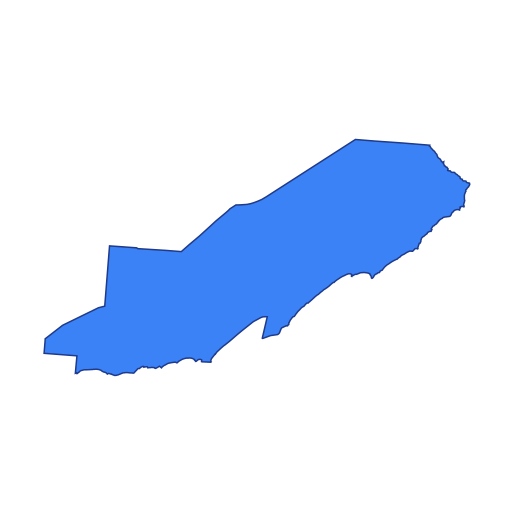 the district of Bayside (Vic.), Victoria, Australia, rotated 266°
{"feature_id": "25037944B24270951064752", "entity_name": "Bayside (Vic.)", "entity_type": "district", "adm_level": 2, "iso_a3": "AUS", "parent_name": "Australia", "parent_adm1": "Victoria", "projection": "orthographic", "projection_center": [145.013, -37.94], "detail": "fine", "context": "isolated", "style": "filled", "palette": "blue", "viewbox_px": 512, "rotation_deg": 266, "n_neighbors": 0, "source": "geoboundaries", "source_scale": "gbopen_adm2", "svg_char_len": 6137}
<svg xmlns="http://www.w3.org/2000/svg" viewBox="0 0 512 512"><g transform="rotate(266 256 256)"><path d="M151.6,67.6L152.0,68.8L151.2,69.1L151.3,69.7L152.2,70.7L152.5,71.4L153.0,71.9L153.4,72.4L153.8,73.1L154.5,76.7L154.3,79.7L154.2,85.0L154.3,85.8L154.2,86.6L154.3,88.4L154.0,90.0L153.7,91.5L153.1,92.7L152.8,93.4L151.9,94.3L151.5,94.9L150.9,96.0L150.5,97.3L149.9,98.4L149.5,98.8L148.6,99.4L148.6,99.7L148.9,100.1L149.1,100.6L149.1,101.1L148.2,103.3L148.3,103.7L147.8,104.2L146.7,106.7L146.7,108.6L146.9,109.2L147.0,110.1L148.7,115.2L148.7,116.7L148.8,118.4L148.7,119.1L148.6,119.9L148.5,120.6L148.3,121.4L148.0,123.9L147.7,125.4L147.9,126.2L149.3,127.6L150.6,129.1L151.6,130.0L151.9,130.5L151.9,131.2L151.8,131.7L152.6,132.8L153.2,133.7L153.6,134.8L153.7,135.5L153.7,136.2L153.5,136.4L152.9,136.4L153.1,137.6L153.2,139.6L153.0,139.9L152.0,140.2L152.1,141.7L152.0,143.4L152.2,143.9L151.7,147.0L151.2,147.2L150.9,147.7L151.0,148.3L151.5,149.4L151.8,150.1L152.8,152.0L151.0,153.9L152.0,154.8L153.1,156.5L153.6,157.8L154.9,160.4L155.1,161.1L155.5,164.2L155.6,165.7L155.7,166.5L155.7,168.1L155.4,168.8L155.0,169.3L155.0,170.0L156.3,171.5L158.1,175.2L158.6,177.0L159.0,179.4L158.9,180.9L158.9,181.8L158.9,182.6L158.7,184.0L158.4,185.0L157.8,186.2L157.0,187.4L156.4,187.4L156.1,188.0L155.7,188.3L155.1,188.3L155.1,189.0L156.3,190.6L156.6,191.2L156.8,191.9L156.8,192.8L156.7,193.5L156.4,194.1L156.0,194.6L154.8,194.3L154.4,194.3L154.2,194.9L153.9,197.5L153.6,200.2L153.5,201.0L153.2,203.5L153.5,203.8L153.7,203.5L155.0,203.7L156.3,204.2L156.9,204.6L161.1,208.4L160.9,208.6L162.8,210.1L166.4,214.5L168.3,217.0L168.8,217.7L169.3,218.6L172.4,223.1L174.9,226.5L178.4,231.1L182.5,236.8L190.4,248.3L191.0,249.4L194.2,256.5L194.8,258.5L194.8,261.1L194.6,263.0L173.8,256.6L173.6,256.5L173.4,256.6L173.3,256.8L173.3,257.0L175.6,265.0L176.1,271.9L176.4,272.6L176.9,273.3L177.6,274.0L181.7,276.0L182.5,276.6L182.7,277.1L184.3,281.3L184.2,281.5L184.3,281.7L184.1,282.1L184.1,282.4L184.2,282.7L184.5,282.9L185.1,283.3L185.3,283.8L185.6,284.0L187.2,284.1L187.6,284.6L188.2,284.9L189.4,285.6L191.0,286.9L192.0,287.8L192.9,288.8L192.9,289.5L193.2,290.1L195.6,292.0L196.1,292.5L197.6,293.8L199.8,296.3L200.8,297.3L201.2,297.8L201.6,298.3L202.2,299.6L202.5,300.3L203.5,301.2L205.3,303.1L205.5,303.7L205.4,304.7L205.9,305.2L206.7,306.3L208.6,308.8L211.1,311.9L212.7,314.1L213.3,315.4L215.4,318.1L216.5,319.8L217.8,321.4L218.0,322.1L218.4,322.7L219.4,324.5L220.9,326.8L223.0,329.4L223.8,330.6L224.1,330.9L224.2,331.3L224.2,331.9L224.2,332.0L225.1,333.0L226.3,334.7L227.1,336.1L228.0,337.8L228.4,338.3L229.6,340.8L230.4,343.0L231.2,344.9L231.8,347.0L231.8,347.7L231.6,348.9L231.1,349.9L230.8,350.1L230.4,350.4L230.0,350.3L229.7,350.0L229.4,349.7L229.0,349.9L228.9,350.3L229.1,350.4L229.5,350.5L229.8,350.7L229.9,351.3L229.8,351.8L230.4,352.6L230.8,353.7L230.7,354.9L231.2,356.6L231.8,358.4L232.0,359.0L232.0,360.4L232.0,362.7L231.9,363.3L231.4,365.7L231.1,366.7L230.6,367.7L230.4,368.2L229.9,368.5L229.5,368.4L228.3,369.2L227.4,369.5L226.1,369.6L225.6,370.1L225.8,370.7L226.2,371.0L226.5,371.4L227.5,372.2L227.8,372.2L228.2,372.5L228.5,372.9L229.0,373.3L229.4,373.8L229.5,374.4L229.8,374.7L229.9,375.4L230.7,376.3L230.8,377.0L230.8,377.6L231.0,378.1L232.0,378.5L232.7,379.7L233.1,381.0L233.7,381.4L235.7,383.2L236.6,384.2L237.4,385.3L238.2,386.4L238.8,387.7L240.2,390.0L240.9,391.3L241.8,393.2L242.9,395.9L243.0,396.6L243.4,397.1L243.9,397.6L244.3,398.2L244.6,398.8L244.9,399.5L245.8,400.4L246.6,401.6L247.6,404.1L249.1,406.8L249.4,407.6L250.2,409.8L249.8,412.3L249.9,412.7L252.2,415.2L252.3,416.3L252.1,417.1L251.8,417.7L252.1,418.1L253.1,418.0L257.2,419.7L257.1,420.2L257.2,420.3L257.4,420.6L258.3,421.1L258.7,421.4L260.2,421.6L262.2,422.4L262.7,422.8L263.6,423.9L263.8,424.6L265.4,426.7L266.1,427.9L266.6,428.4L267.2,428.6L267.6,429.1L268.2,430.4L268.4,431.2L268.4,432.4L268.9,432.5L270.0,433.3L270.4,432.8L271.0,432.8L273.2,434.4L273.6,434.9L273.8,435.7L274.7,436.7L275.3,438.0L275.7,438.5L276.3,438.8L276.6,439.5L277.8,440.1L277.9,440.6L278.5,440.8L278.8,441.4L279.3,441.8L279.6,442.5L280.0,443.0L280.6,444.5L281.1,444.9L281.6,446.3L281.7,447.1L281.8,449.2L281.9,450.1L281.9,451.0L282.0,451.8L282.3,452.5L282.8,453.0L283.3,453.4L284.6,454.0L285.7,454.8L286.0,455.4L287.5,456.9L287.8,457.5L288.2,459.0L288.3,459.9L288.2,460.8L288.1,461.6L287.6,462.0L287.7,462.4L288.5,462.4L289.1,462.7L289.9,463.3L290.5,462.9L290.9,463.6L291.1,465.0L291.0,465.7L290.5,466.8L290.8,467.0L291.3,467.1L292.0,466.8L292.7,466.7L293.5,466.9L295.5,467.7L297.0,468.1L297.7,467.9L298.4,467.9L301.1,468.0L302.7,468.3L303.4,468.5L304.0,468.9L304.7,469.1L305.3,469.5L305.8,469.9L307.1,469.8L307.7,470.2L308.0,470.8L308.6,471.1L309.7,472.1L309.9,472.5L310.1,472.8L310.6,473.0L311.6,473.8L312.0,473.9L312.5,474.2L313.0,474.1L313.3,473.9L313.7,474.1L314.0,473.7L314.0,473.0L314.2,472.7L314.3,472.3L314.6,471.5L314.9,471.1L316.1,470.6L316.2,470.0L316.3,469.5L316.4,468.0L316.8,467.6L317.6,467.1L318.1,467.2L318.5,466.2L318.7,465.6L319.0,465.2L319.4,465.1L320.5,465.1L321.4,464.2L322.0,463.2L323.1,462.4L323.8,461.3L324.7,460.4L325.3,460.1L325.6,459.6L325.7,458.0L326.0,456.7L326.4,456.4L327.4,455.7L327.5,455.3L327.4,454.8L327.8,453.5L328.0,453.2L328.3,453.1L328.9,453.3L329.2,453.7L329.6,453.7L330.5,453.0L331.0,452.8L331.3,452.6L331.3,452.0L332.8,450.7L332.8,450.3L334.7,449.7L335.5,449.5L336.9,449.8L336.8,449.6L336.3,449.3L335.9,448.9L336.2,448.6L336.7,448.4L337.3,448.0L337.4,447.6L339.5,446.7L340.0,446.3L341.2,444.7L341.8,444.3L343.5,443.7L344.4,443.6L345.0,443.3L345.4,442.9L346.5,442.1L347.1,441.9L348.1,441.1L348.7,440.7L349.0,440.2L349.5,439.7L350.1,439.4L351.0,438.5L352.1,437.8L352.7,437.6L353.4,437.0L353.5,436.7L354.4,437.1L358.5,410.1L362.5,381.7L365.3,363.3L314.2,270.1L312.0,265.7L310.7,262.1L309.4,257.8L308.6,254.4L308.1,250.7L308.1,243.9L308.3,239.5L304.9,233.3L303.6,231.9L301.8,229.6L293.7,218.4L288.1,211.4L279.9,201.0L272.1,190.3L265.6,181.8L267.9,166.3L271.6,138.5L271.8,138.2L272.4,137.7L272.5,137.4L276.3,110.6L216.5,101.6L215.4,95.3L200.4,58.3L188.1,39.9L186.1,39.7L173.7,37.8L168.9,70.4L151.6,67.6Z" fill="#3b82f6" stroke="#1e3a8a" stroke-width="1.5"/></g></svg>